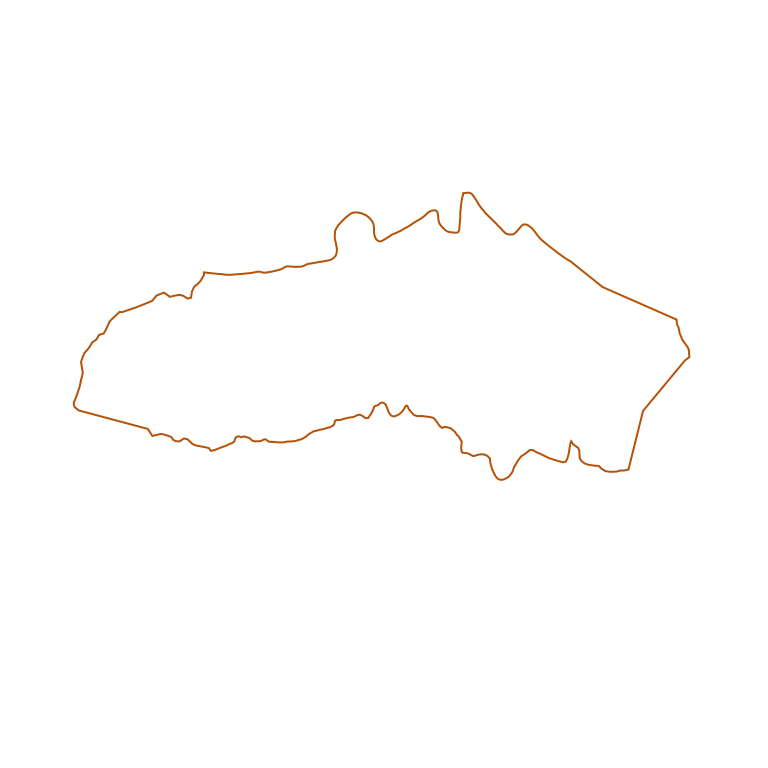 Vige', Vieux Fort, Saint Lucia, rotated 338°
{"feature_id": "8701671B43089055128677", "entity_name": "Vige'", "entity_type": "district", "adm_level": 2, "iso_a3": "LCA", "parent_name": "Saint Lucia", "parent_adm1": "Vieux Fort", "projection": "albers", "projection_center": [-60.936, 13.786], "detail": "fine", "context": "isolated", "style": "outline", "palette": "amber", "viewbox_px": 768, "rotation_deg": 338, "n_neighbors": 0, "source": "geoboundaries", "source_scale": "gbopen_adm2", "svg_char_len": 6161}
<svg xmlns="http://www.w3.org/2000/svg" viewBox="0 0 768 768"><g transform="rotate(338 384 384)"><path d="M572.3,288.3L571.6,288.6L570.9,288.8L563.2,292.8L560.4,293.6L559.1,293.5L556.9,292.6L555.1,291.6L554.1,290.9L553.3,290.0L551.9,287.1L550.4,282.9L549.5,281.0L547.5,275.9L544.4,268.9L541.9,263.0L541.1,259.9L540.4,258.3L539.5,254.9L539.1,253.3L538.9,251.2L538.4,248.4L537.1,242.2L536.7,241.0L536.0,239.9L535.2,239.0L534.4,238.5L533.2,237.9L530.3,237.2L528.9,236.7L527.9,238.6L526.5,240.3L524.4,243.5L523.5,245.3L521.8,248.1L520.9,249.8L520.5,251.0L519.2,253.0L518.3,255.1L517.2,258.2L515.4,261.5L511.5,269.2L510.0,270.8L509.5,271.0L508.8,271.1L507.2,270.6L506.3,270.2L501.6,267.7L500.3,266.7L498.4,264.3L497.9,263.0L496.7,260.3L495.9,257.8L495.6,255.8L495.7,254.1L496.0,252.0L497.2,248.4L497.9,244.8L497.5,243.2L496.7,242.3L495.7,241.8L494.6,241.4L493.6,241.2L492.0,241.1L488.8,241.6L487.2,242.3L484.0,243.5L480.4,244.4L478.0,244.8L475.3,245.1L473.7,245.4L470.7,246.0L467.9,246.6L465.3,247.1L460.3,247.6L457.6,248.1L451.3,248.5L449.4,248.4L446.8,248.5L445.4,249.0L437.9,250.3L435.0,250.6L434.2,250.5L432.8,249.8L431.9,248.7L431.1,247.2L430.8,245.9L430.8,243.0L431.0,241.8L431.4,240.1L431.8,239.0L432.8,236.7L433.3,235.2L433.8,233.3L434.1,231.8L434.0,229.2L433.8,228.0L433.4,226.6L432.8,224.9L432.0,223.3L430.8,221.1L428.1,218.3L427.2,217.4L423.7,215.0L419.9,213.6L418.5,213.5L417.2,213.6L415.6,213.9L412.1,214.9L410.0,215.6L407.2,216.8L403.1,218.7L401.8,219.3L400.3,220.3L398.2,221.7L397.2,222.6L395.8,224.1L394.3,227.2L392.8,230.8L392.6,232.3L392.1,235.8L391.6,237.8L391.3,239.8L390.8,241.5L390.0,243.3L388.9,245.1L388.0,246.2L387.1,247.1L386.1,247.5L384.8,248.2L383.4,248.6L382.1,248.8L380.8,248.8L379.2,248.7L377.1,248.3L372.1,247.2L361.0,244.8L359.2,244.3L357.4,244.1L356.0,244.2L354.2,244.4L353.0,244.4L351.5,244.2L350.6,244.0L348.6,243.2L347.2,242.9L345.6,242.2L340.5,239.6L338.0,238.6L336.9,238.5L335.6,238.5L334.2,238.7L332.8,239.0L331.6,239.1L329.3,238.8L326.6,238.5L321.8,237.7L317.2,236.7L315.5,236.2L314.3,235.9L311.3,233.6L309.6,232.8L308.8,232.5L305.9,232.0L302.0,231.2L297.7,229.9L293.7,228.8L288.7,227.1L284.5,225.9L280.9,224.6L278.7,223.6L277.3,222.9L274.8,221.4L273.0,220.6L269.9,219.0L261.3,214.4L258.9,213.1L257.8,215.6L252.6,219.7L247.8,221.8L244.6,222.6L240.6,226.3L237.4,231.7L233.8,231.2L231.0,227.1L227.8,224.7L221.4,223.4L218.2,223.0L214.2,216.8L206.2,216.8L200.2,220.1L183.0,220.1L168.2,219.3L165.8,218.1L153.4,223.0L145.4,230.4L143.0,232.1L138.2,231.7L134.2,234.9L129.0,236.2L123.4,240.3L117.5,243.2L117.4,243.5L114.9,245.9L111.3,250.2L108.9,260.8L106.6,264.1L103.3,268.6L103.4,268.8L100.5,272.9L94.0,280.4L89.4,285.1L88.7,286.7L88.6,289.7L91.0,294.1L148.2,337.2L149.8,345.5L150.6,345.5L154.9,346.2L158.2,346.6L160.8,348.2L163.9,350.7L167.0,353.6L167.7,357.0L169.6,359.1L173.3,360.7L174.8,360.2L178.1,359.6L181.1,361.6L184.0,368.0L186.8,370.7L195.4,376.2L197.7,378.0L198.5,381.2L202.9,381.9L203.1,381.8L208.8,381.8L215.8,382.1L217.2,381.8L221.9,381.8L223.7,381.1L225.5,379.0L226.9,377.9L228.7,377.8L230.1,378.3L231.4,379.8L234.6,380.2L239.0,383.7L240.2,386.4L240.7,387.2L241.7,388.1L242.4,388.5L243.4,389.0L246.2,390.1L248.1,390.6L249.3,390.7L250.4,390.6L251.5,390.5L252.7,390.6L253.6,391.1L254.2,392.0L254.7,393.1L255.3,393.9L256.4,394.7L257.1,395.2L258.3,395.5L258.9,396.0L260.0,396.3L263.4,398.2L266.9,399.7L267.8,400.1L269.7,400.5L270.9,400.9L272.2,401.0L274.0,401.6L276.4,402.5L279.9,403.5L282.1,403.8L283.1,403.9L284.4,403.9L285.5,404.2L286.4,404.3L287.5,404.1L288.8,404.1L291.6,403.6L294.5,402.6L295.2,402.5L296.0,402.2L297.4,402.0L298.8,401.9L300.6,401.5L303.7,402.0L306.2,402.2L307.7,402.4L310.4,403.0L313.4,403.3L316.2,403.7L318.7,403.8L321.2,403.4L321.7,403.3L322.9,402.5L324.7,399.8L325.5,399.6L326.4,399.6L329.4,400.7L330.8,401.1L331.9,401.2L333.3,401.2L334.9,401.5L336.2,401.6L338.7,402.0L339.9,402.3L341.1,402.6L342.1,402.9L344.6,403.2L345.8,403.0L347.6,402.9L348.7,403.0L349.9,403.4L350.7,404.1L351.4,404.8L352.1,405.6L352.6,406.4L353.1,407.3L353.7,408.3L354.5,408.9L356.6,409.5L357.1,409.3L357.8,408.8L358.6,408.1L360.9,406.7L362.1,405.7L363.2,404.8L365.3,402.7L365.9,401.8L366.2,401.5L368.0,401.1L369.4,401.3L371.1,401.2L373.2,400.4L374.4,400.3L375.2,400.5L376.5,401.3L376.8,401.7L377.5,402.8L377.7,403.3L377.9,404.2L377.9,406.0L377.9,407.2L377.8,410.9L377.8,411.9L378.0,413.2L378.4,414.7L378.8,415.7L379.3,416.4L379.8,417.0L380.5,417.5L381.4,417.9L382.4,418.0L383.3,417.9L383.7,417.9L384.4,418.0L385.2,418.0L386.7,417.7L389.5,416.8L391.8,415.6L394.0,414.1L394.4,413.7L395.1,412.8L396.1,412.5L396.9,412.5L397.4,413.0L397.5,413.6L397.5,415.7L397.7,417.1L399.8,423.2L400.5,424.3L401.4,425.0L402.1,425.7L403.0,426.3L406.1,427.5L408.3,428.5L410.1,429.6L413.7,431.5L416.3,433.3L416.9,433.9L417.7,435.1L418.0,436.0L418.0,436.5L418.8,438.7L419.0,439.8L419.6,442.9L420.4,444.7L421.4,446.5L424.1,446.5L426.7,448.0L429.1,450.0L431.1,453.3L431.9,455.2L432.5,458.5L433.5,460.3L434.5,466.7L431.7,471.8L430.8,475.2L430.8,476.7L432.2,477.8L434.3,478.8L436.4,480.3L439.2,483.8L440.3,484.5L444.1,484.8L447.0,485.3L450.4,486.8L453.0,489.5L454.3,493.0L453.6,494.7L452.8,498.5L452.3,504.0L452.8,510.9L453.6,513.7L454.7,515.4L457.2,517.0L460.1,517.4L465.0,516.7L469.0,514.4L470.9,512.9L473.1,510.2L478.4,506.0L483.9,502.5L488.4,501.7L491.0,500.9L494.6,499.8L497.0,500.9L500.3,504.9L502.9,507.5L509.2,514.5L513.9,518.5L520.7,523.7L522.3,524.0L523.6,524.0L525.9,522.0L528.9,518.2L532.2,512.7L534.8,508.5L536.1,507.2L536.9,511.0L538.5,513.4L540.1,516.0L540.1,518.9L538.0,525.0L537.7,526.5L538.3,529.4L540.0,532.5L542.1,534.5L544.0,535.9L547.9,538.2L552.6,540.5L553.6,543.4L556.5,547.6L560.9,550.2L567.0,552.4L570.6,552.7L574.0,554.1L578.3,554.8L578.6,554.9L614.1,506.0L671.8,474.9L677.2,473.5L679.4,466.5L679.4,463.7L677.8,457.6L677.2,454.3L677.2,449.2L677.2,447.3L678.3,442.0L678.0,438.4L679.4,433.9L623.0,376.0L602.7,339.8L601.2,338.1L598.8,334.7L596.8,331.6L595.4,329.3L593.2,325.7L590.4,320.9L587.9,316.5L585.2,311.6L583.3,307.7L582.9,306.6L581.7,302.5L581.4,301.3L580.4,297.5L579.9,296.1L579.2,294.5L578.2,292.6L577.2,291.1L576.2,290.0L575.0,289.1L573.5,288.5L572.3,288.3Z" fill="none" stroke="#b45309" stroke-width="2"/></g></svg>